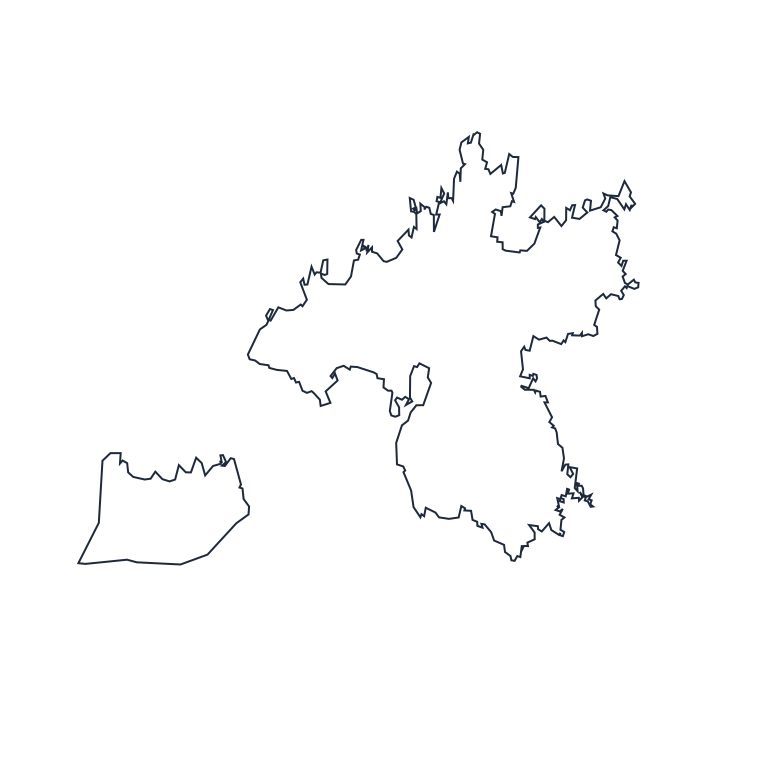 Aukra nor, Møre og Romsdal, Norway, rotated 110°
{"feature_id": "86288312B52502401984724", "entity_name": "Aukra nor", "entity_type": "district", "adm_level": 2, "iso_a3": "NOR", "parent_name": "Norway", "parent_adm1": "Møre og Romsdal", "projection": "mercator", "projection_center": [6.9, 62.807], "detail": "fine", "context": "isolated", "style": "outline", "palette": "slate", "viewbox_px": 768, "rotation_deg": 110, "n_neighbors": 0, "source": "geoboundaries", "source_scale": "gbopen_adm2", "svg_char_len": 6155}
<svg xmlns="http://www.w3.org/2000/svg" viewBox="0 0 768 768"><g transform="rotate(110 384 384)"><path d="M428.7,147.8L427.6,145.7L426.6,149.0L422.3,149.1L422.4,152.3L417.0,151.4L420.3,154.6L420.1,158.5L414.1,161.2L412.0,163.4L413.2,166.6L411.0,166.7L411.1,168.9L418.5,165.4L416.5,169.2L397.3,173.6L398.6,181.1L403.8,175.5L407.8,176.9L406.1,180.9L396.5,183.3L397.7,186.0L405.3,187.3L392.4,189.4L382.9,194.5L380.9,200.0L370.4,205.2L367.2,208.0L367.3,211.2L365.2,210.2L363.2,215.6L357.8,214.7L346.4,226.9L345.2,223.7L340.0,228.2L342.2,232.5L338.0,234.7L338.2,239.0L340.3,239.0L338.2,241.2L341.2,249.7L339.7,254.1L338.7,254.1L338.4,246.6L327.6,245.8L329.7,242.5L326.4,242.1L323.3,243.8L323.4,247.1L325.5,247.0L325.6,250.2L328.8,249.0L330.2,258.7L322.7,258.4L306.4,266.4L301.0,265.0L303.6,262.7L302.9,258.5L287.9,260.0L289.3,253.5L284.8,247.2L286.8,242.9L285.7,240.7L285.9,231.1L281.6,230.1L282.6,227.9L274.0,228.2L271.7,224.0L273.9,223.9L271.5,216.5L268.2,215.5L271.4,214.3L267.4,209.1L267.3,203.7L263.9,200.6L257.5,203.4L256.6,206.7L240.5,207.2L238.5,211.6L233.2,213.9L224.4,208.8L227.5,204.4L222.0,201.4L221.2,193.9L223.8,191.6L222.7,189.5L218.4,189.1L215.3,193.0L209.8,191.0L210.8,188.8L208.7,188.9L209.0,181.3L206.2,178.2L201.9,179.4L202.6,182.6L200.5,184.9L207.1,188.9L206.6,192.2L201.4,196.5L198.0,194.5L196.0,198.4L185.2,198.2L186.4,201.4L191.8,201.2L189.8,205.6L184.4,204.7L183.5,210.1L168.5,211.7L163.3,217.2L162.4,221.6L158.1,221.7L158.0,218.5L150.5,220.4L148.5,224.2L146.3,222.1L142.8,229.8L143.4,233.0L146.1,234.0L145.7,237.2L140.2,234.2L131.0,235.2L130.4,228.1L137.7,217.9L132.3,218.1L136.4,212.6L131.0,212.7L133.1,211.6L128.8,209.6L123.7,217.3L119.4,217.5L111.1,227.4L127.3,227.9L130.3,238.6L129.9,242.9L134.1,239.5L143.8,240.8L150.6,249.7L141.0,252.2L141.1,256.3L142.7,257.9L150.3,257.6L153.3,251.6L162.0,256.7L163.4,264.2L150.5,265.7L151.7,268.3L157.1,268.7L156.2,273.0L167.8,268.9L174.9,271.3L168.8,281.2L175.9,285.3L175.7,289.2L164.4,293.2L162.4,297.5L177.5,303.8L177.4,298.5L175.2,298.5L178.8,293.0L175.0,292.1L177.0,289.3L181.5,294.0L184.7,292.8L183.5,290.7L200.7,290.7L210.0,295.2L211.8,301.6L214.0,301.5L217.1,315.4L216.7,318.6L210.3,321.0L211.6,326.3L207.3,327.5L208.6,334.0L186.2,337.9L185.3,341.2L181.8,338.7L181.6,333.3L185.8,331.1L177.3,333.0L173.8,326.1L168.5,326.3L168.4,324.1L161.1,329.8L161.0,327.6L154.6,327.3L124.8,335.3L126.6,340.6L125.1,345.0L144.3,342.7L145.5,344.3L138.1,348.8L150.2,355.9L146.5,359.3L147.2,362.5L140.4,363.0L139.5,368.4L130.0,370.8L125.6,376.9L116.0,379.3L115.6,382.6L119.4,384.9L117.8,385.3L127.5,384.9L129.2,387.5L122.8,388.8L130.5,393.9L138.0,393.1L149.8,385.2L149.7,383.1L155.1,385.6L167.9,381.4L160.5,384.8L159.5,388.1L167.1,388.4L188.3,381.7L186.2,384.0L187.4,387.1L182.1,389.5L193.8,386.9L191.8,390.2L195.1,393.3L184.4,392.6L180.2,397.1L189.8,394.6L189.9,397.8L194.2,397.1L194.1,394.4L206.9,392.9L205.7,389.7L224.0,389.1L208.1,395.0L208.2,398.2L202.9,401.7L203.0,404.9L206.3,405.8L204.1,405.9L202.1,411.5L209.0,408.6L212.3,411.2L208.1,413.5L210.3,414.5L209.3,416.6L207.1,414.6L200.8,419.1L200.4,423.4L212.5,417.6L211.9,414.4L213.4,411.7L227.2,406.4L226.2,409.6L236.9,408.2L235.9,411.4L230.6,413.8L244.9,420.1L251.3,412.8L261.2,415.6L268.3,423.2L268.7,426.4L263.6,435.1L263.8,440.5L259.7,442.0L266.1,444.7L258.6,446.1L265.1,445.8L261.9,447.0L261.0,451.3L263.0,448.1L266.3,451.2L255.6,452.6L256.3,454.7L267.6,456.0L270.7,454.2L270.6,451.0L276.0,450.8L278.2,454.5L294.2,451.8L303.7,454.4L309.1,470.4L305.6,479.1L301.8,481.0L301.8,477.0L300.1,475.0L286.4,479.7L288.6,483.4L301.1,481.7L302.1,485.6L304.8,486.6L298.6,492.2L316.7,490.0L317.9,492.6L312.6,496.0L317.0,497.5L331.2,485.3L338.8,487.2L337.8,489.4L345.4,494.5L348.3,500.9L348.1,509.5L363.2,512.2L363.2,514.3L352.5,513.6L352.6,516.8L360.1,518.2L364.3,514.3L368.6,514.7L375.2,519.3L402.9,522.0L406.7,518.7L406.0,513.2L407.7,507.6L405.9,498.9L408.1,497.3L407.4,489.6L404.9,479.6L411.0,472.8L409.2,470.6L412.7,467.2L411.0,464.5L418.2,458.3L418.7,453.4L415.5,449.6L416.4,447.1L420.7,438.9L426.3,436.0L420.1,427.9L410.9,436.3L396.6,428.8L391.0,433.5L396.1,434.6L394.8,436.9L385.3,433.9L380.7,428.1L382.2,421.1L379.0,421.2L377.2,414.8L376.6,397.7L377.1,394.4L380.8,392.1L379.5,385.7L387.4,383.3L388.9,377.9L387.7,374.7L389.3,373.1L407.4,369.3L411.0,366.4L410.9,362.2L408.1,359.0L400.7,361.9L395.5,368.0L392.3,367.1L392.6,361.7L388.8,359.6L389.8,355.3L396.2,356.2L390.7,351.5L387.8,355.0L367.6,362.1L356.9,361.9L356.8,358.7L352.5,357.8L353.7,347.0L362.8,345.1L366.9,340.1L390.5,339.9L392.9,346.3L401.6,349.2L410.2,348.9L416.7,353.0L435.2,352.4L455.1,344.3L454.9,337.8L458.0,334.5L460.2,335.5L474.8,322.1L489.6,314.1L496.8,304.2L493.5,304.3L494.5,301.1L486.0,302.4L487.2,291.6L490.5,286.7L488.5,276.8L483.9,268.2L472.2,269.6L473.1,265.3L475.3,265.2L473.4,258.8L481.4,254.3L481.6,249.3L485.4,247.7L485.3,242.3L482.1,244.6L481.5,241.4L486.6,232.6L493.4,227.0L494.1,216.2L500.5,212.8L502.4,206.3L506.1,204.0L505.5,200.8L500.1,199.9L500.0,196.7L488.3,199.3L491.9,197.5L488.3,197.1L487.1,193.3L484.0,195.0L478.4,189.3L472.0,191.7L466.9,199.4L465.0,190.8L467.7,189.6L468.6,185.3L458.3,181.3L464.0,176.8L465.9,168.2L463.7,167.2L465.9,167.1L465.8,163.9L461.5,164.0L460.6,168.3L451.0,170.8L447.7,168.8L446.8,174.2L440.3,173.3L443.6,175.3L443.7,179.6L440.4,177.6L439.4,179.8L439.3,177.6L432.0,182.2L431.9,178.9L434.0,178.9L433.9,174.6L430.7,175.8L430.8,179.0L427.6,179.1L427.4,174.8L419.9,176.1L419.9,174.0L424.2,173.8L421.9,168.5L427.2,168.3L424.3,162.0L427.0,160.8L422.6,158.8L418.5,163.2L421.5,158.8L421.4,155.6L424.7,155.5L424.6,152.3L428.7,147.8ZM656.9,609.9L655.2,603.1L637.0,565.4L636.1,555.3L623.2,513.5L604.7,491.5L565.3,475.1L552.9,466.7L545.2,468.9L540.1,476.6L530.6,481.2L530.7,484.4L527.4,484.0L505.8,499.3L506.2,502.7L515.5,505.5L516.1,508.3L511.4,505.7L505.9,511.0L507.0,513.3L513.8,509.3L512.1,511.7L514.8,510.1L519.5,516.6L531.1,520.8L520.7,528.2L517.5,535.3L533.1,535.2L534.8,540.0L530.4,549.0L545.2,547.6L548.9,552.2L549.2,559.7L544.6,568.9L552.8,570.9L555.6,576.2L557.1,587.9L554.5,594.2L546.2,598.3L545.3,603.4L549.0,604.9L539.0,607.8L542.5,617.4L552.4,622.3L612.0,604.5L656.9,609.9Z" fill="none" stroke="#1e293b" stroke-width="2"/></g></svg>